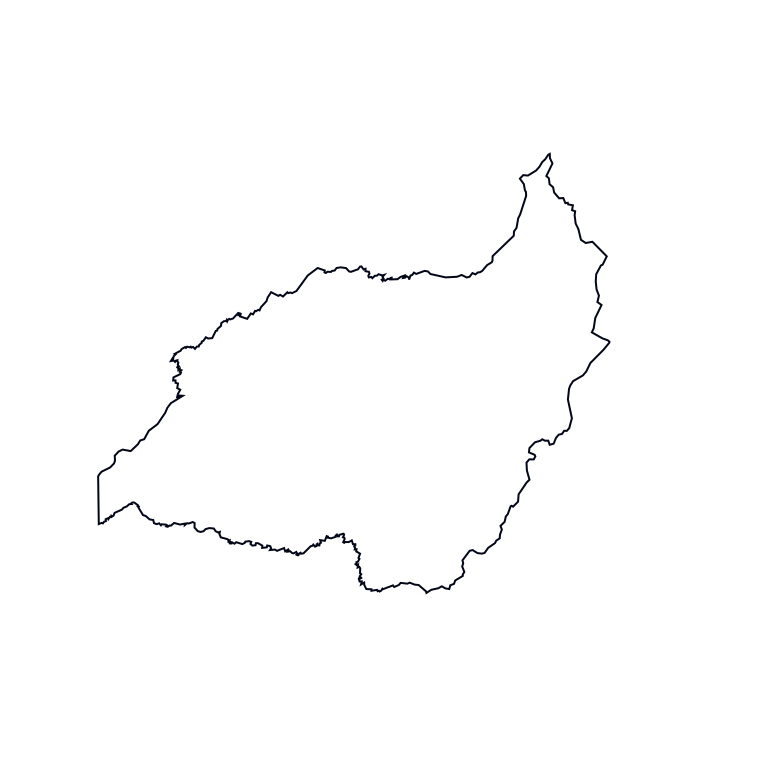 outline of Rattaphum, Songkhla, Thailand, rotated 217°
{"feature_id": "78962969B64238633533340", "entity_name": "Rattaphum", "entity_type": "district", "adm_level": 2, "iso_a3": "THA", "parent_name": "Thailand", "parent_adm1": "Songkhla", "projection": "equal_earth", "projection_center": [100.221, 7.064], "detail": "fine", "context": "isolated", "style": "outline", "palette": "ink", "viewbox_px": 768, "rotation_deg": 217, "n_neighbors": 0, "source": "geoboundaries", "source_scale": "gbopen_adm2", "svg_char_len": 6166}
<svg xmlns="http://www.w3.org/2000/svg" viewBox="0 0 768 768"><g transform="rotate(217 384 384)"><path d="M546.7,342.9L547.3,341.6L546.9,339.6L548.1,340.3L547.9,339.4L549.7,337.7L550.6,334.6L549.1,332.4L550.1,327.8L549.4,326.3L550.3,325.1L548.8,317.3L551.8,314.5L554.4,314.1L554.2,309.8L555.1,308.3L554.4,307.2L555.1,303.9L554.5,302.4L556.0,301.3L556.1,298.3L558.8,298.7L559.7,297.2L560.8,297.5L561.2,296.4L563.7,295.3L563.9,293.6L565.1,293.8L566.7,289.9L566.4,288.4L569.3,282.1L568.3,282.2L568.7,279.7L567.5,277.0L568.3,277.1L568.0,274.1L566.1,276.2L564.2,275.9L564.3,277.3L563.3,278.7L562.6,277.6L561.2,277.4L560.4,275.4L558.5,274.7L559.3,273.6L559.0,272.1L558.5,273.7L556.7,271.5L556.3,273.4L555.4,272.5L554.1,273.0L554.4,270.8L553.0,270.9L552.7,269.2L556.1,262.6L554.5,259.9L552.7,261.4L551.2,259.5L548.8,260.4L546.7,256.3L543.3,256.8L542.6,252.1L541.4,249.2L540.3,250.2L540.3,251.8L537.6,253.5L542.7,240.4L542.7,234.6L541.4,229.4L540.7,215.7L543.7,205.1L542.3,195.6L544.7,192.2L544.3,187.7L545.9,178.0L553.3,174.3L555.3,170.3L555.9,164.7L552.7,160.9L551.8,158.1L552.5,152.5L556.8,144.0L557.0,140.2L556.7,138.2L527.5,100.5L526.0,103.1L524.6,103.5L524.7,105.4L523.6,107.2L524.9,108.5L523.5,111.0L522.8,110.4L522.9,113.1L521.9,113.5L522.4,114.6L521.4,114.5L520.8,116.2L521.6,119.0L517.7,126.0L517.6,128.3L515.8,131.3L515.1,134.7L513.4,136.2L514.1,136.4L513.7,137.8L512.3,139.0L507.5,139.1L507.3,138.2L506.0,138.5L505.9,137.6L497.6,134.3L494.8,135.2L489.8,134.8L486.4,136.5L484.0,134.5L481.4,135.1L479.7,137.4L477.1,136.9L477.1,138.2L473.4,140.5L472.3,140.6L472.3,139.2L470.8,139.8L470.1,141.8L468.9,142.7L468.0,146.7L462.3,149.0L459.1,152.6L458.2,151.3L457.5,154.3L456.0,155.1L453.6,158.7L451.6,159.0L448.9,155.3L444.1,154.4L441.4,155.5L439.5,157.9L439.2,160.7L436.8,163.8L432.9,166.2L429.8,165.1L427.1,165.6L426.1,167.1L425.2,165.2L422.1,163.3L415.8,165.8L414.5,165.9L413.6,164.8L413.1,166.1L412.6,165.2L411.4,165.6L411.9,164.2L411.1,163.9L409.6,165.0L409.6,166.2L407.3,166.5L406.8,168.7L400.8,170.9L399.6,173.3L399.9,174.6L397.2,177.3L395.0,178.0L394.4,175.9L391.9,175.7L389.6,177.9L390.5,179.7L389.0,181.0L383.9,181.7L382.7,179.8L379.3,183.0L380.1,184.7L378.2,185.7L377.1,186.0L375.3,184.8L375.1,182.8L371.5,186.1L369.0,186.4L365.1,192.8L362.2,190.9L360.9,194.3L360.0,193.8L359.9,192.3L358.2,194.0L355.8,193.7L354.3,194.3L353.0,197.1L351.4,196.4L351.3,195.0L349.9,195.2L349.3,195.9L349.8,197.3L349.1,199.0L348.1,198.5L346.4,200.3L344.9,210.4L343.8,211.7L343.8,213.2L341.2,212.6L340.4,214.0L341.3,215.3L341.0,216.3L339.9,215.3L338.5,216.2L339.3,218.0L338.8,219.3L341.0,220.9L336.9,223.1L338.2,228.0L336.9,228.4L336.4,227.4L333.4,228.9L330.6,232.9L331.4,233.8L331.0,235.4L329.3,234.5L328.3,235.2L328.9,236.7L326.2,240.1L325.2,239.7L324.5,236.9L323.2,237.4L322.1,236.5L321.4,233.1L320.2,233.2L319.8,234.5L317.0,236.6L315.6,239.7L312.4,237.4L310.5,238.8L309.7,237.8L310.1,236.4L308.3,235.6L307.8,234.3L306.5,235.5L305.4,233.6L301.0,234.1L299.7,229.7L298.4,229.6L297.9,226.5L298.8,225.1L297.8,224.2L298.3,223.0L296.1,222.9L295.9,223.9L294.6,221.6L293.8,223.1L292.1,222.5L289.3,218.5L287.7,218.4L287.7,215.9L285.4,215.4L286.0,214.0L287.0,213.9L286.9,213.2L284.6,211.6L282.9,213.0L281.7,210.1L280.3,213.4L278.8,211.6L274.7,209.6L270.5,212.5L269.6,211.3L265.7,215.4L264.4,214.7L263.7,215.8L262.7,215.6L261.8,217.5L262.1,219.6L261.3,219.6L255.6,228.6L253.7,228.0L251.2,232.4L251.0,235.2L245.2,238.6L243.9,240.8L238.9,242.2L235.3,244.3L225.7,243.7L224.4,242.7L222.4,248.1L217.7,253.6L216.1,257.2L212.0,257.7L208.5,259.5L209.9,263.2L207.8,266.5L208.9,269.9L205.6,278.1L206.5,279.4L206.7,282.2L211.8,285.4L212.8,288.4L215.2,290.4L215.2,302.3L213.3,304.7L207.6,305.2L203.8,307.4L202.0,309.6L202.2,315.9L199.6,323.7L200.1,326.4L198.7,330.4L200.7,333.5L202.3,338.7L205.6,340.8L204.7,346.5L207.0,351.5L206.8,354.5L209.3,362.6L208.7,363.6L207.1,363.7L206.1,370.7L210.1,376.9L210.8,391.2L210.2,395.1L217.8,400.9L222.9,407.0L222.6,411.3L219.0,413.9L219.6,417.3L221.1,418.1L227.1,416.6L229.3,420.4L228.3,428.4L225.0,432.7L224.3,435.1L221.3,435.6L218.7,437.6L215.1,435.2L212.6,438.4L214.2,444.4L214.0,448.6L211.8,451.2L212.0,455.0L209.8,456.6L209.5,460.2L213.3,469.7L227.8,482.3L233.3,491.5L234.3,494.7L234.7,500.1L230.3,510.6L230.0,515.7L231.8,525.0L229.3,543.5L228.9,552.5L229.3,553.4L231.5,553.6L237.0,551.9L249.1,550.3L250.0,554.6L255.0,563.9L257.8,578.0L262.9,577.9L265.5,583.9L271.1,587.4L276.6,593.3L280.6,599.4L282.1,609.2L281.2,610.9L282.9,620.0L303.1,623.0L307.8,618.0L313.5,617.7L322.0,624.7L327.5,627.5L333.3,633.5L335.3,637.0L338.4,636.0L340.7,640.4L345.0,638.3L346.3,639.3L348.0,637.6L352.7,640.4L355.9,637.7L363.3,639.3L367.4,642.9L372.0,643.2L376.1,647.5L379.5,647.8L382.2,661.5L387.3,664.2L390.1,667.5L390.8,665.8L390.5,660.4L391.2,656.5L390.6,651.2L391.0,646.0L394.5,637.1L398.5,634.6L399.1,629.8L392.6,627.8L387.9,623.4L386.3,622.9L383.7,619.8L377.4,601.6L376.5,597.0L372.1,588.4L372.0,584.1L369.6,580.5L374.2,551.5L371.6,547.8L371.2,546.0L373.2,541.0L373.6,533.6L374.5,531.2L376.2,529.5L376.9,526.6L380.1,525.8L380.2,521.2L382.0,518.9L387.6,517.8L390.2,513.6L399.0,506.2L413.1,499.8L416.8,500.3L419.7,498.7L424.5,491.3L427.1,491.0L427.1,488.0L428.1,486.6L426.8,482.5L428.3,484.0L431.1,483.6L431.1,481.7L432.5,480.2L433.0,482.8L435.2,479.5L436.3,475.8L440.9,472.1L441.9,473.5L442.6,472.6L442.4,471.0L444.2,470.5L445.2,467.2L447.3,466.9L447.1,465.5L448.6,465.9L447.8,467.9L449.7,468.7L449.5,471.3L450.6,469.8L454.4,468.4L454.8,466.3L456.4,465.0L457.0,461.5L458.5,461.9L460.3,460.0L461.7,461.1L462.0,463.4L463.6,464.5L466.7,462.9L468.1,464.9L469.2,463.2L472.8,464.3L473.8,463.3L473.8,460.0L477.9,453.7L479.5,452.9L484.1,453.7L488.8,451.1L491.7,448.1L491.7,444.9L493.6,443.0L493.8,441.6L496.7,439.6L497.2,437.7L498.7,437.3L499.6,439.0L506.8,436.7L510.2,424.8L509.9,405.6L512.1,401.2L513.9,400.7L515.2,398.9L516.4,399.1L517.3,393.1L520.7,392.7L521.4,390.8L529.4,389.4L529.0,383.2L527.7,379.4L528.5,371.3L527.7,367.9L529.1,367.5L530.0,365.1L531.0,364.8L530.5,360.8L532.8,360.2L532.5,353.7L539.8,351.3L540.4,353.2L541.4,352.0L541.6,352.9L542.2,352.1L542.4,353.3L543.2,353.0L544.0,345.4L545.7,343.0L546.7,342.9Z" fill="none" stroke="#020617" stroke-width="2"/></g></svg>